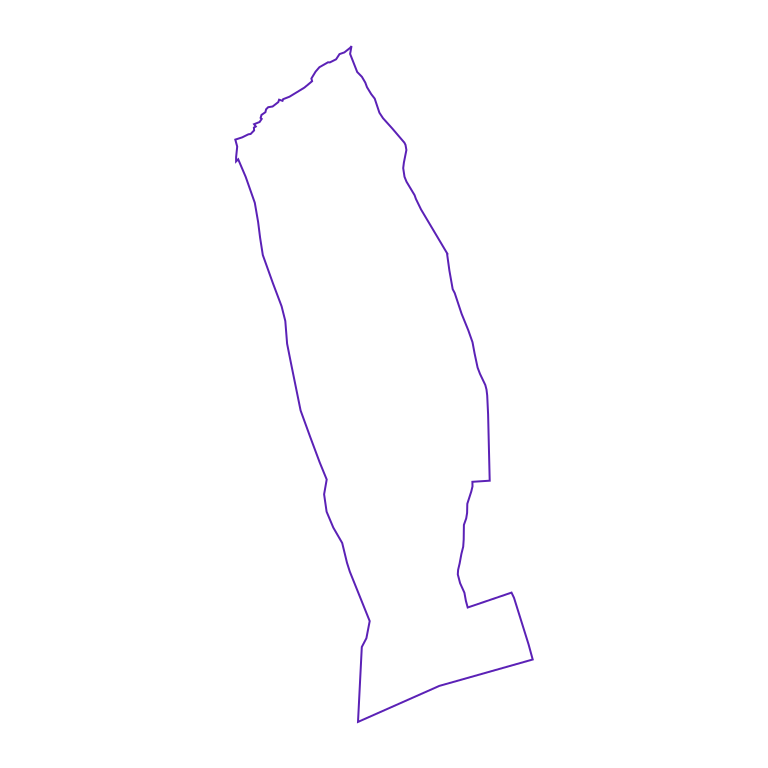 Aana Alofi II, A'ana, Samoa (Mercator projection)
{"feature_id": "51752279B99154731700869", "entity_name": "Aana Alofi II", "entity_type": "district", "adm_level": 2, "iso_a3": "WSM", "parent_name": "Samoa", "parent_adm1": "A'ana", "projection": "mercator", "projection_center": [-171.95, -13.853], "detail": "fine", "context": "isolated", "style": "outline", "palette": "violet", "viewbox_px": 768, "rotation_deg": 0, "n_neighbors": 0, "source": "geoboundaries", "source_scale": "gbopen_adm2", "svg_char_len": 1545}
<svg xmlns="http://www.w3.org/2000/svg" viewBox="0 0 768 768"><path d="M532.7,659.5L528.6,644.5L514.0,597.8L511.5,592.6L467.7,607.5L465.9,600.9L464.4,592.7L460.1,583.2L457.8,574.4L458.1,569.9L459.6,563.6L461.4,553.9L463.2,546.7L463.7,539.6L463.9,524.9L466.2,518.4L467.1,512.9L467.3,503.8L471.3,491.4L472.5,486.4L472.4,481.8L489.7,480.7L488.1,414.4L487.2,395.4L486.5,389.6L485.3,385.0L480.0,373.9L477.6,367.6L474.6,353.5L472.5,342.2L468.3,330.3L461.6,313.8L454.7,293.0L452.7,289.2L449.4,270.6L447.1,254.0L447.4,253.8L421.0,209.4L415.9,198.9L414.6,195.2L406.5,181.7L404.5,176.8L403.2,168.1L403.9,162.5L406.4,150.0L405.5,144.9L404.4,142.7L392.2,128.4L383.0,118.2L379.4,112.7L374.7,98.6L371.2,94.1L367.0,87.2L365.3,82.6L361.9,76.8L357.2,72.0L350.1,53.9L351.5,46.1L350.3,47.7L344.4,52.4L339.5,54.1L336.1,59.3L329.9,62.4L328.0,62.3L319.4,67.2L315.6,71.6L311.4,78.5L312.1,81.2L304.4,87.6L289.5,96.7L283.1,99.2L282.5,100.8L279.1,99.7L278.3,102.1L272.6,106.5L268.2,107.2L266.1,109.3L265.4,112.2L261.5,114.9L260.6,117.9L261.7,118.9L259.6,122.0L254.1,124.2L255.8,126.5L253.9,127.6L254.1,130.4L250.6,134.0L248.4,134.3L242.1,137.4L235.3,139.6L237.2,146.6L236.1,157.3L236.1,161.4L238.2,159.3L245.7,176.9L254.8,202.8L258.1,221.9L260.1,237.7L262.8,255.0L272.9,283.2L281.6,306.3L285.3,321.0L287.1,343.7L291.0,363.3L300.6,410.5L310.0,436.4L319.7,462.4L326.7,479.5L324.1,494.3L326.6,511.7L333.3,527.6L342.2,543.0L347.0,562.8L349.8,571.6L369.7,621.1L366.4,638.2L361.8,647.0L358.0,721.9L439.3,685.9L532.7,659.5Z" fill="none" stroke="#5b21b6" stroke-width="2"/></svg>